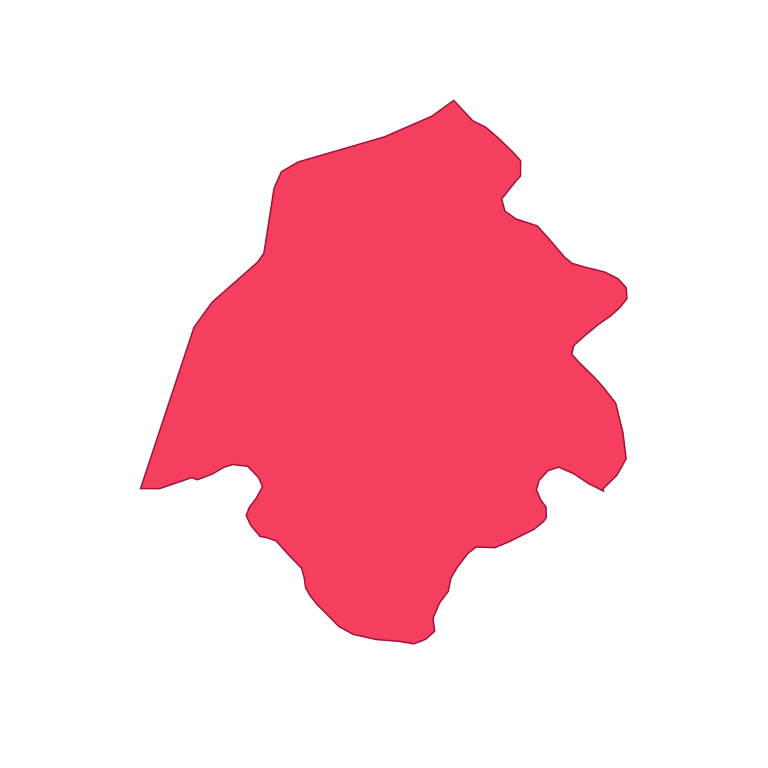 the Statistical Region of Staro Nagoričane, rotated 318°
{"feature_id": "MKD-2910", "entity_name": "Staro Nagoričane", "entity_type": "Statistical Region", "adm_level": 1, "iso_a3": "MKD", "parent_name": "North Macedonia", "parent_adm1": "", "projection": "natural_earth1", "projection_center": [21.9, 42.216], "detail": "fine", "context": "isolated", "style": "filled", "palette": "rose", "viewbox_px": 768, "rotation_deg": 318, "n_neighbors": 0, "source": "natural_earth", "source_scale": "10m", "svg_char_len": 1359}
<svg xmlns="http://www.w3.org/2000/svg" viewBox="0 0 768 768"><g transform="rotate(318 384 384)"><path d="M449.8,157.6L468.7,161.5L549.4,200.5L598.8,217.0L625.6,219.9L626.1,247.8L631.4,261.2L633.5,277.6L634.9,297.5L634.9,309.6L624.6,320.8L616.5,321.7L595.2,325.2L589.6,336.4L592.4,349.4L599.3,361.4L603.7,369.2L603.7,383.9L603.1,410.7L604.5,420.2L611.4,431.4L623.0,448.6L628.4,462.5L628.4,474.6L621.6,483.2L610.6,485.0L597.7,485.0L593.0,484.4L583.3,483.2L566.1,482.4L550.9,482.4L543.4,487.5L543.4,497.9L544.8,520.3L544.8,533.3L543.4,553.2L529.1,579.9L513.9,601.6L496.1,607.6L476.9,608.5L475.5,610.4L469.4,595.0L465.1,577.9L458.2,562.7L447.8,558.1L434.8,559.4L426.4,564.7L422.8,575.2L422.1,583.8L415.4,591.7L410.7,593.0L398.1,592.3L372.0,585.1L356.8,579.8L350.1,573.2L343.2,566.7L333.2,566.0L315.5,569.3L303.5,573.2L293.0,581.1L278.8,583.8L263.6,591.0L256.3,601.6L244.2,601.6L232.2,597.0L222.8,585.1L207.2,568.6L193.6,549.5L188.3,534.4L187.4,515.9L186.7,503.4L187.4,492.2L189.4,483.0L195.2,474.4L199.4,465.9L198.8,446.7L198.8,428.3L193.7,419.1L189.9,414.4L190.5,399.3L193.7,389.4L201.5,385.5L212.4,383.5L225.1,378.9L228.2,369.7L227.6,353.9L217.8,342.7L209.3,338.7L196.4,336.1L181.1,330.2L178.4,324.9L147.2,311.6L133.1,298.8L280.8,214.7L311.2,208.2L371.7,208.9L382.3,206.4L433.5,164.8L449.8,157.6Z" fill="#f43f5e" stroke="#9f1239" stroke-width="1.5"/></g></svg>